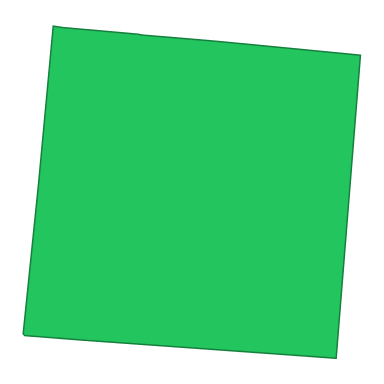 the district of Wise, Texas, United States of America, rotated 184°
{"feature_id": "52423323B38394143035791", "entity_name": "Wise", "entity_type": "district", "adm_level": 2, "iso_a3": "USA", "parent_name": "United States of America", "parent_adm1": "Texas", "projection": "albers", "projection_center": [-97.568, 33.212], "detail": "fine", "context": "isolated", "style": "filled", "palette": "green", "viewbox_px": 384, "rotation_deg": 184, "n_neighbors": 0, "source": "geoboundaries", "source_scale": "gbopen_adm2", "svg_char_len": 319}
<svg xmlns="http://www.w3.org/2000/svg" viewBox="0 0 384 384"><g transform="rotate(184 192 192)"><path d="M36.6,36.2L33.5,340.2L176.2,344.0L253.4,345.1L256.0,345.6L331.9,347.0L342.0,347.8L345.1,212.4L345.7,187.5L350.5,38.8L348.8,37.1L289.5,36.6L36.6,36.2Z" fill="#22c55e" stroke="#15803d" stroke-width="1.5"/></g></svg>